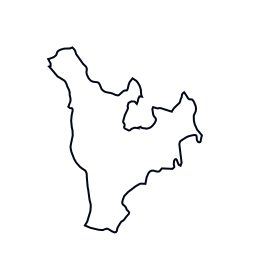 Salzburg, Equal Earth projection, rotated 72°
{"feature_id": "AUT-2327", "entity_name": "Salzburg", "entity_type": "State", "adm_level": 1, "iso_a3": "AUT", "parent_name": "Austria", "parent_adm1": "", "projection": "equal_earth", "projection_center": [12.999, 47.494], "detail": "fine", "context": "isolated", "style": "outline", "palette": "ink", "viewbox_px": 256, "rotation_deg": 72, "n_neighbors": 0, "source": "natural_earth", "source_scale": "10m", "svg_char_len": 3371}
<svg xmlns="http://www.w3.org/2000/svg" viewBox="0 0 256 256"><g transform="rotate(72 128 128)"><path d="M45.1,184.1L45.1,182.4L42.7,181.7L37.8,182.6L37.9,181.9L37.7,177.0L37.3,175.6L36.5,173.8L35.7,173.1L34.0,171.9L33.4,171.0L32.9,169.6L32.7,168.2L32.7,165.8L32.9,163.8L34.4,158.6L34.2,156.0L37.0,154.7L38.5,154.4L41.6,154.5L53.1,150.9L56.7,149.0L58.2,148.8L59.4,149.0L61.7,150.1L63.1,150.5L64.6,150.6L68.0,150.2L70.0,149.5L71.3,148.9L72.5,147.8L73.5,146.4L74.5,144.0L75.2,142.8L75.8,142.1L76.6,141.8L77.6,141.5L82.7,141.1L83.8,140.6L84.9,140.0L85.8,139.3L86.6,138.5L87.3,137.5L89.5,133.4L90.6,131.9L92.6,129.7L93.3,128.6L93.8,127.6L94.0,127.1L93.8,126.3L91.8,121.9L91.4,120.3L91.3,119.3L91.7,118.2L91.9,117.6L91.5,117.0L90.6,116.1L87.0,114.0L84.9,112.3L82.2,108.3L85.8,105.5L87.8,104.7L91.4,103.9L95.1,103.9L100.8,105.2L102.6,105.0L101.5,107.3L103.1,109.0L105.8,110.5L107.8,112.2L105.0,113.4L103.7,116.5L104.3,119.7L106.8,121.5L108.4,121.7L109.3,122.0L110.2,122.7L114.9,127.1L119.9,130.4L121.0,130.8L121.9,130.6L122.7,130.2L123.8,130.2L124.8,130.6L125.4,131.1L126.0,131.5L127.1,131.4L127.8,130.9L130.7,127.9L130.7,126.8L130.4,126.0L130.1,125.3L129.9,124.6L129.8,123.8L129.8,121.5L130.0,121.1L131.0,119.0L131.1,118.8L130.9,118.9L130.8,115.9L131.1,116.0L132.7,114.1L132.8,113.7L134.0,111.1L134.3,110.8L134.5,109.3L134.6,107.7L134.3,106.0L133.5,104.1L131.5,101.1L130.2,99.8L128.9,98.9L127.3,98.7L124.8,99.7L123.2,99.9L117.5,99.0L115.9,97.6L117.8,95.0L118.4,94.1L118.6,93.2L118.7,92.3L118.9,91.5L119.4,90.5L126.0,81.3L125.5,80.9L123.3,78.1L119.9,71.1L118.1,69.7L117.3,69.3L115.3,67.5L112.8,66.2L112.0,65.2L111.5,63.8L111.4,63.6L113.5,62.9L118.2,61.7L119.5,61.1L119.8,60.5L120.5,58.5L121.8,57.7L123.7,57.2L128.0,56.9L130.6,57.3L133.1,58.5L136.1,61.3L136.6,61.6L137.1,61.8L141.1,63.0L145.0,63.4L150.8,62.8L157.8,60.0L160.9,61.9L161.9,62.4L162.9,62.9L163.7,63.8L163.6,64.8L162.7,65.8L161.3,66.1L159.8,66.0L157.0,65.3L156.3,65.4L155.8,65.8L155.4,66.4L155.1,67.5L154.8,69.1L154.6,72.8L154.7,74.5L155.0,76.2L156.3,81.0L156.7,82.2L157.7,83.3L159.3,84.2L177.7,87.8L180.1,89.7L178.9,91.0L177.2,91.3L173.2,91.5L172.5,91.9L172.3,92.6L172.8,93.5L173.2,94.0L173.7,94.4L174.7,94.9L176.8,95.7L179.4,96.0L180.1,97.2L180.6,98.3L176.9,108.3L178.6,110.9L178.9,112.0L178.6,113.4L178.1,114.4L176.5,116.8L175.9,118.5L176.1,120.5L177.0,122.2L180.6,125.5L186.5,128.7L185.7,130.7L184.9,133.1L184.8,134.1L185.8,138.8L188.9,147.7L191.6,152.6L194.8,155.2L196.6,156.3L198.1,156.7L199.5,156.3L201.0,155.3L202.7,154.6L205.5,154.4L207.1,153.5L208.6,153.0L210.0,153.8L211.7,156.8L213.9,159.9L214.5,161.1L214.7,162.2L215.2,163.6L216.1,164.8L219.5,168.7L222.6,170.6L223.3,171.7L223.1,173.1L221.2,175.3L218.1,177.9L217.3,179.0L217.1,180.7L217.3,183.4L216.8,184.8L215.7,187.4L211.3,194.6L207.4,199.1L204.3,195.6L195.5,189.5L191.8,187.9L189.2,187.1L184.6,186.8L174.3,184.9L172.1,184.7L162.6,182.5L158.6,181.4L156.7,181.5L155.1,181.9L152.5,184.1L150.1,185.7L144.7,188.0L140.7,188.8L133.0,189.2L129.9,188.9L128.0,188.4L126.3,187.6L118.1,182.9L113.1,181.5L109.8,181.2L103.5,179.8L98.8,177.8L94.8,175.5L93.4,175.0L92.5,174.9L92.0,175.1L91.7,175.5L91.6,175.8L91.5,176.3L91.4,176.6L91.0,177.1L90.6,177.4L89.3,178.2L85.3,174.8L83.5,173.9L81.6,173.5L78.8,173.3L75.8,172.4L73.1,172.4L69.5,172.9L67.1,172.9L65.0,173.2L63.2,173.9L57.1,179.1L47.9,182.8L45.1,184.1Z" fill="none" stroke="#020617" stroke-width="2"/></g></svg>